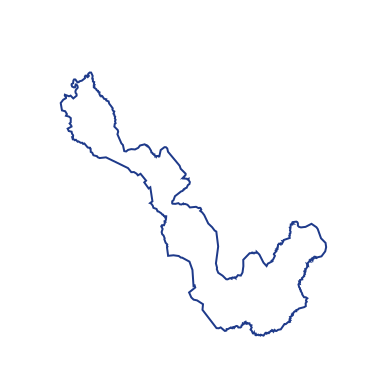 Tatale Sanguli, Northern, Ghana (Robinson projection), rotated 139°
{"feature_id": "2480657B76540044095481", "entity_name": "Tatale Sanguli", "entity_type": "district", "adm_level": 2, "iso_a3": "GHA", "parent_name": "Ghana", "parent_adm1": "Northern", "projection": "robinson", "projection_center": [0.423, 9.141], "detail": "fine", "context": "isolated", "style": "outline", "palette": "blue", "viewbox_px": 384, "rotation_deg": 139, "n_neighbors": 0, "source": "geoboundaries", "source_scale": "gbopen_adm2", "svg_char_len": 5964}
<svg xmlns="http://www.w3.org/2000/svg" viewBox="0 0 384 384"><g transform="rotate(139 192 192)"><path d="M130.4,59.8L126.9,62.4L124.6,66.0L125.0,72.4L121.4,81.6L121.2,83.8L122.7,89.6L129.2,91.2L133.0,93.8L134.1,95.4L134.2,97.1L132.6,98.9L132.3,100.2L132.7,101.2L135.9,103.3L136.8,102.9L136.5,101.8L137.1,102.3L137.7,101.7L138.8,102.7L140.9,100.6L141.5,100.9L141.9,99.7L143.3,98.7L143.6,97.4L144.9,96.3L145.5,96.5L146.7,95.0L147.2,95.2L148.4,93.2L154.3,95.6L155.5,94.9L155.9,95.4L156.0,94.8L158.1,93.9L158.7,94.9L159.5,94.3L160.1,95.9L161.8,95.7L163.3,94.1L164.0,94.2L164.5,93.3L165.5,93.5L165.3,93.0L166.1,93.1L166.5,92.4L167.2,92.7L167.3,92.0L170.6,91.6L171.1,91.3L171.3,89.4L175.4,87.7L176.8,87.9L176.9,87.0L181.8,88.2L184.3,87.2L184.4,91.8L182.2,100.6L182.5,104.5L183.2,103.8L185.0,105.4L185.5,105.1L186.4,106.2L186.4,106.9L187.6,107.1L188.7,108.0L197.8,107.2L201.9,102.3L206.7,98.1L210.0,96.9L211.9,99.1L214.4,98.6L215.3,99.2L215.7,98.6L215.9,99.6L216.7,99.7L217.2,100.7L218.2,101.1L219.0,100.5L219.7,102.0L222.4,102.7L223.4,103.7L223.8,108.8L225.2,113.8L223.9,117.5L222.8,118.4L220.8,122.4L208.0,133.7L199.6,146.2L200.2,148.1L199.9,152.2L200.4,157.6L197.9,166.6L197.7,170.0L198.2,172.4L196.6,172.6L196.1,174.2L196.4,174.9L197.6,175.5L198.7,178.2L203.7,181.7L203.8,185.3L205.1,187.6L206.2,188.2L206.1,189.0L208.0,189.4L209.2,190.6L209.6,192.5L212.4,194.0L214.4,196.0L214.3,196.6L213.0,198.0L211.5,197.9L207.6,200.0L199.9,199.6L198.4,199.0L196.4,199.5L196.1,199.0L194.6,199.3L193.3,198.7L190.6,199.9L188.7,199.7L187.1,200.9L186.7,203.4L185.9,204.2L187.2,204.5L187.2,205.4L189.6,207.8L188.4,208.3L189.3,208.7L185.6,209.1L184.8,210.0L185.3,216.9L184.1,220.0L183.7,238.1L182.1,241.1L182.3,242.9L183.4,243.9L188.1,244.2L193.3,240.3L193.8,240.5L193.9,241.4L195.0,242.2L195.8,242.0L195.6,242.6L196.3,242.9L195.9,243.3L196.3,244.6L195.7,245.1L196.6,246.5L196.2,247.6L196.7,248.5L195.8,250.1L195.1,254.1L195.7,255.6L195.2,255.8L195.5,257.2L196.1,257.4L196.4,259.0L200.7,261.2L203.6,260.6L207.1,261.5L209.7,264.2L212.6,265.7L215.1,265.8L216.3,267.3L213.3,272.8L213.4,275.0L210.4,284.5L208.2,285.9L207.4,287.5L207.7,292.3L205.6,294.1L204.6,294.0L203.6,296.0L202.3,296.6L202.0,298.1L200.5,299.3L200.6,300.4L199.7,301.7L199.9,302.6L197.8,303.8L198.3,305.3L197.7,306.8L196.9,307.2L196.5,313.1L195.5,315.1L196.6,317.1L196.5,318.0L195.9,318.3L197.2,320.0L196.8,323.2L197.7,323.7L197.4,324.2L198.1,324.8L197.5,327.0L196.4,327.9L197.1,329.3L196.5,330.0L197.2,331.3L196.8,332.4L197.4,335.3L196.6,335.6L196.6,336.5L195.2,336.8L195.3,337.8L193.7,339.1L194.3,340.4L192.6,342.5L192.9,343.0L190.8,344.8L189.8,348.3L190.8,349.3L192.6,349.3L193.4,348.8L193.7,347.3L195.4,347.1L195.6,347.7L194.6,348.4L196.1,349.7L197.3,349.3L198.1,348.1L202.1,348.3L204.4,349.4L205.4,349.2L206.5,349.9L206.2,353.4L207.1,354.3L208.3,354.0L210.4,352.1L212.0,352.4L212.7,351.8L213.3,350.2L212.5,348.4L211.6,347.8L209.2,349.5L208.7,348.9L208.9,347.0L209.8,345.7L212.8,345.2L214.0,344.4L214.8,343.2L214.9,341.6L215.9,340.4L220.2,340.5L220.4,344.4L222.0,344.9L224.1,348.8L224.8,348.2L224.9,346.2L225.6,345.5L228.6,346.1L232.7,345.3L236.6,338.9L234.7,336.1L235.3,332.9L237.1,332.2L235.4,329.7L235.0,327.3L237.9,324.1L239.4,324.0L239.5,321.4L240.0,320.4L244.3,321.4L245.0,318.9L243.3,316.5L244.3,314.7L244.5,312.8L246.2,311.1L246.6,311.7L247.4,310.0L246.7,309.5L246.5,308.0L245.4,307.6L245.3,305.0L244.5,304.7L243.7,302.1L242.5,301.1L242.6,299.7L241.4,299.2L241.5,294.0L240.0,292.3L240.5,291.9L240.2,291.1L242.1,288.7L241.5,287.1L242.3,284.4L240.2,281.3L240.4,280.2L239.4,278.2L234.2,274.6L224.6,252.0L224.8,246.8L222.7,245.1L221.8,242.2L221.9,240.1L218.9,239.5L219.2,230.7L221.7,230.6L222.4,223.1L220.4,222.9L228.0,210.9L230.9,211.1L230.4,210.1L230.6,207.4L231.5,205.4L229.9,202.5L230.7,200.0L230.1,199.4L229.2,196.2L229.2,194.2L228.7,193.8L229.0,192.2L227.4,190.6L228.3,189.7L229.0,190.0L229.3,188.7L230.8,187.7L231.6,187.9L231.7,187.3L232.1,187.7L233.0,186.3L234.9,185.3L235.7,186.1L236.8,185.9L236.8,186.5L237.7,186.3L238.4,183.4L241.2,181.7L242.2,179.6L242.0,177.9L243.0,175.0L243.8,174.6L245.2,171.0L245.1,168.6L246.3,167.8L246.4,166.8L247.2,166.6L251.9,159.5L247.5,156.4L244.0,152.4L243.4,149.8L242.5,148.9L239.6,141.1L242.8,132.9L252.5,120.1L251.3,119.8L252.2,117.8L260.1,118.1L261.7,112.9L261.4,109.7L259.3,106.9L257.3,100.1L261.4,96.2L262.8,73.2L261.2,71.6L259.2,71.0L258.4,65.7L257.6,65.1L256.9,64.9L255.8,65.8L255.0,65.0L251.7,64.3L251.9,63.9L250.8,62.6L249.7,63.1L249.0,62.7L249.2,61.8L247.3,62.1L246.2,61.6L245.7,60.8L245.9,59.4L244.2,57.9L243.2,57.9L242.1,58.8L241.2,58.5L239.9,59.5L239.6,58.6L238.7,58.8L238.8,58.2L238.0,57.8L237.5,59.1L236.7,58.9L237.0,58.3L236.0,56.6L236.6,56.3L234.8,55.2L235.4,53.9L234.6,52.4L235.6,52.0L235.8,50.6L238.1,49.7L237.9,48.4L238.8,45.4L238.3,44.8L237.5,45.1L237.8,44.6L236.8,43.3L237.9,42.5L237.7,41.9L235.5,40.8L235.4,39.9L234.0,39.3L234.2,38.8L233.5,38.7L232.2,36.7L229.3,37.4L228.8,36.4L228.3,37.0L227.1,35.7L226.4,35.7L226.4,35.1L223.7,35.5L222.9,34.5L222.1,35.2L221.3,33.8L221.6,33.3L220.1,33.6L220.1,32.4L219.4,31.7L217.4,31.5L215.1,30.1L208.8,31.7L208.0,30.8L203.9,30.7L203.9,30.0L203.2,29.7L202.4,31.2L201.8,30.8L201.5,32.1L200.3,32.1L200.0,33.4L197.7,32.9L197.1,33.8L196.6,33.2L196.0,34.1L195.6,33.7L194.9,34.3L192.8,34.6L191.5,33.6L190.7,34.5L189.3,33.8L187.7,33.9L182.9,31.5L181.0,31.2L179.2,33.5L177.4,33.9L177.4,35.1L176.1,36.0L174.7,36.1L175.2,37.9L176.5,39.1L176.0,42.5L175.4,43.2L174.9,46.0L174.3,46.4L174.4,47.6L173.6,48.5L173.7,49.6L172.3,52.4L171.2,52.8L170.8,52.1L169.9,54.0L169.4,53.3L168.1,54.7L166.1,53.7L165.4,54.9L162.5,54.9L162.2,55.6L160.7,55.9L160.7,56.5L159.2,57.2L159.6,57.6L159.3,58.5L157.8,58.3L157.2,59.5L156.6,59.1L154.4,59.8L153.5,60.8L153.1,60.2L152.5,62.0L152.2,61.1L151.4,62.4L148.8,62.7L148.3,62.0L147.9,63.4L147.0,63.4L146.5,62.6L145.2,63.0L145.6,61.5L144.6,62.2L143.9,62.0L144.0,62.7L142.1,62.9L141.2,61.9L141.7,61.0L141.3,60.4L140.4,60.5L136.5,58.5L130.4,59.8Z" fill="none" stroke="#1e3a8a" stroke-width="2"/></g></svg>